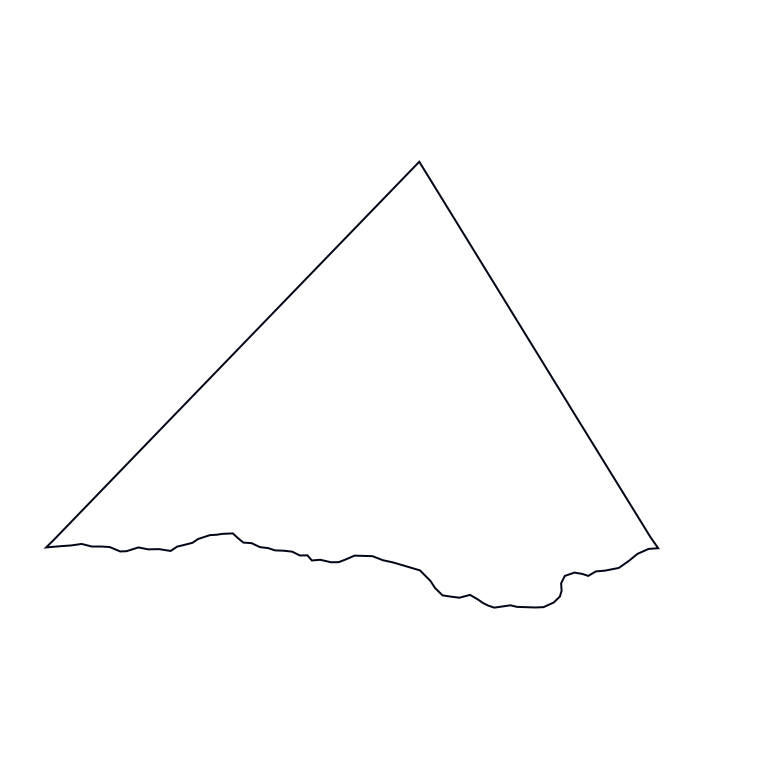 outline of Afonso Cunha, Maranhão, Brazil, rotated 101°
{"feature_id": "56859067B15383644969550", "entity_name": "Afonso Cunha", "entity_type": "district", "adm_level": 2, "iso_a3": "BRA", "parent_name": "Brazil", "parent_adm1": "Maranhão", "projection": "albers", "projection_center": [-43.24, -4.219], "detail": "fine", "context": "isolated", "style": "outline", "palette": "ink", "viewbox_px": 768, "rotation_deg": 101, "n_neighbors": 0, "source": "geoboundaries", "source_scale": "gbopen_adm2", "svg_char_len": 1123}
<svg xmlns="http://www.w3.org/2000/svg" viewBox="0 0 768 768"><g transform="rotate(101 384 384)"><path d="M608.9,684.5L606.9,677.5L604.7,669.8L602.2,660.4L598.7,650.3L599.3,639.7L597.4,630.1L596.4,622.1L598.7,611.0L597.3,605.0L591.3,593.9L591.3,583.9L589.0,573.3L588.6,561.6L583.1,556.0L580.4,550.1L576.5,541.8L571.6,536.9L565.5,525.9L564.0,519.8L562.0,514.2L559.5,503.9L563.2,497.9L566.5,491.8L565.5,483.6L567.8,474.7L567.2,466.5L568.1,459.2L566.8,450.8L566.1,442.1L568.4,433.9L566.8,426.5L571.0,421.1L568.7,413.1L569.1,402.0L567.5,394.4L563.8,388.5L558.1,380.2L555.2,362.4L557.2,351.4L557.4,341.5L560.1,313.1L568.4,300.9L574.5,295.0L580.3,286.3L580.0,278.3L579.4,269.2L574.6,259.3L577.5,250.9L580.0,245.3L581.6,239.6L582.5,233.1L577.1,217.6L577.4,210.9L574.5,192.8L572.6,184.8L566.1,175.7L559.1,170.8L553.1,170.2L545.9,172.1L537.9,169.9L532.8,161.1L532.6,153.1L533.4,146.9L527.5,140.2L525.2,131.9L519.8,118.5L510.6,109.6L502.4,102.8L495.4,92.8L492.9,83.5L483.5,93.2L372.0,196.0L367.7,199.9L359.7,207.3L216.9,338.6L159.1,391.8L463.0,589.4L600.5,678.7L608.9,684.5Z" fill="none" stroke="#020617" stroke-width="2"/></g></svg>